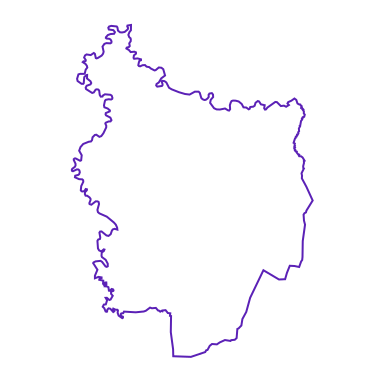 the district of Satuek, Buri Ram, Thailand, rotated 272°
{"feature_id": "78962969B95819884850859", "entity_name": "Satuek", "entity_type": "district", "adm_level": 2, "iso_a3": "THA", "parent_name": "Thailand", "parent_adm1": "Buri Ram", "projection": "albers", "projection_center": [103.358, 15.223], "detail": "fine", "context": "isolated", "style": "outline", "palette": "violet", "viewbox_px": 384, "rotation_deg": 272, "n_neighbors": 0, "source": "geoboundaries", "source_scale": "gbopen_adm2", "svg_char_len": 5957}
<svg xmlns="http://www.w3.org/2000/svg" viewBox="0 0 384 384"><g transform="rotate(272 192 192)"><path d="M120.8,301.7L126.4,303.5L127.9,304.5L130.9,304.7L146.9,304.4L163.3,306.1L167.4,304.9L173.3,304.3L174.8,305.2L175.6,306.6L177.4,307.0L187.7,312.9L201.3,306.1L209.5,301.3L212.1,301.4L214.5,300.8L219.4,303.0L219.7,302.4L221.7,302.2L224.9,302.9L226.9,302.7L227.2,303.4L230.4,301.3L231.5,299.7L231.5,297.9L232.2,297.4L233.1,297.8L233.7,296.4L235.3,295.1L236.0,295.3L236.4,294.0L237.1,293.4L237.6,293.8L238.9,292.7L240.1,293.4L240.6,292.6L241.8,293.3L242.4,292.8L244.0,293.1L244.7,291.8L249.2,293.1L249.8,293.8L250.9,293.8L251.1,294.6L252.8,294.9L252.6,295.4L254.4,296.3L255.4,296.0L256.5,296.9L259.2,296.6L261.4,297.7L261.8,297.4L262.1,297.8L266.8,298.5L268.3,299.6L269.0,299.2L270.4,299.9L270.3,300.5L270.9,300.7L271.1,301.5L273.3,302.0L274.4,301.0L276.4,301.0L277.6,300.1L277.5,300.6L278.2,300.6L279.7,299.1L280.7,298.8L280.4,298.2L281.9,298.4L282.4,297.5L283.2,297.2L283.4,295.6L284.2,294.3L287.7,293.0L289.0,291.1L286.7,288.1L285.2,285.0L283.8,284.3L282.3,285.8L280.5,283.1L281.5,280.9L281.0,277.8L284.8,273.7L284.9,272.1L279.1,264.5L277.1,263.0L276.9,262.1L278.2,261.2L281.3,261.6L282.0,257.8L284.8,255.9L285.2,254.6L283.4,252.4L280.4,251.6L279.4,250.2L279.0,247.3L277.1,246.7L276.6,245.8L278.3,243.3L278.4,240.5L281.7,238.6L284.1,235.5L284.8,232.4L284.8,229.8L284.3,228.4L282.8,227.6L280.1,226.8L276.1,227.2L274.7,226.3L274.8,225.3L276.6,222.1L275.4,217.0L275.4,213.7L276.5,211.1L281.7,207.0L284.8,207.5L287.6,209.8L290.1,209.6L291.5,208.4L291.0,206.0L289.7,205.2L287.6,205.4L286.0,204.3L284.6,202.5L284.4,201.1L285.1,199.3L286.3,198.0L291.4,196.3L292.5,195.1L292.4,191.4L289.3,186.2L289.7,181.6L291.3,175.4L293.9,168.1L295.4,165.4L300.6,162.5L301.8,160.7L302.1,158.6L301.5,157.8L298.8,158.8L297.7,158.8L296.9,158.2L296.1,153.6L297.2,152.5L298.7,152.8L300.3,155.0L304.5,157.3L307.5,161.0L313.7,159.0L315.1,157.1L315.3,154.5L312.5,151.4L312.2,150.3L314.0,146.5L315.3,144.9L315.7,142.2L317.2,140.6L317.0,138.2L315.8,135.8L316.0,134.6L316.8,133.9L319.8,134.4L321.3,134.9L321.9,136.4L322.8,136.4L323.6,132.9L323.1,129.5L324.0,128.9L326.5,129.2L328.3,131.2L329.6,131.1L330.2,129.5L329.7,125.8L331.7,124.0L333.1,121.4L334.0,121.7L334.7,123.9L335.7,124.7L338.4,124.1L340.6,125.5L342.5,125.5L343.5,125.2L344.5,123.9L346.8,122.9L349.6,123.9L351.5,125.3L356.8,125.2L356.1,121.7L355.2,121.5L353.7,122.4L352.3,122.1L349.6,119.1L349.0,116.5L349.1,114.5L350.7,112.4L353.9,111.7L354.8,111.0L355.2,105.5L354.5,103.4L353.2,102.6L351.5,103.2L351.0,107.8L349.1,109.4L347.4,108.6L347.0,105.0L345.9,102.4L343.7,100.6L343.0,100.5L342.4,101.2L342.2,104.2L341.4,105.4L339.8,106.3L338.4,106.2L337.7,105.2L337.8,101.3L337.0,99.3L334.2,97.5L329.1,98.8L327.1,98.3L325.2,97.0L322.6,93.1L322.2,92.0L322.5,91.2L326.7,90.1L327.5,89.0L325.3,86.0L325.8,81.8L324.7,80.3L322.6,79.5L320.2,81.2L319.4,81.2L318.9,80.7L318.8,79.0L318.0,78.3L316.1,81.3L314.3,82.6L312.7,83.0L310.6,81.5L306.8,80.7L306.3,80.1L306.2,76.2L305.6,74.4L301.1,73.2L298.9,73.8L296.3,77.8L296.3,79.5L296.9,80.0L303.0,80.3L305.1,82.2L305.3,83.1L301.8,83.1L299.1,86.7L297.4,87.5L296.0,86.8L294.5,83.0L292.6,82.1L291.2,82.5L287.5,88.8L288.1,90.4L290.9,92.1L291.3,93.3L291.1,94.8L290.1,95.7L285.8,96.4L284.1,97.5L284.3,99.2L285.4,99.7L286.6,101.6L286.3,107.1L285.5,108.4L283.3,109.2L282.3,109.0L281.6,107.9L281.8,105.5L281.1,102.5L280.0,101.8L275.5,101.0L273.6,101.5L272.5,104.8L270.7,107.1L269.7,107.0L267.9,103.1L266.6,102.9L265.6,103.4L263.5,107.8L261.0,109.0L259.7,108.1L259.6,106.2L258.2,103.3L257.3,103.0L255.3,104.0L253.5,104.0L247.6,101.4L244.7,99.4L243.9,97.5L245.9,94.4L245.6,92.9L243.2,90.7L240.4,90.3L239.0,89.3L238.6,87.0L236.2,81.6L233.0,79.0L229.3,77.8L224.9,80.5L219.8,80.1L219.3,79.1L221.5,74.5L221.4,73.5L220.7,72.7L219.9,72.7L216.2,74.6L214.4,74.7L213.0,74.0L211.0,71.5L209.8,71.1L208.9,71.4L208.6,72.3L210.6,76.2L210.5,77.7L209.6,78.7L207.8,79.2L205.9,78.6L205.2,77.9L204.2,74.7L202.6,74.5L200.9,78.7L200.8,81.9L200.0,82.8L198.4,83.0L194.1,81.1L189.8,80.8L188.9,81.6L188.7,82.8L189.2,84.4L191.3,85.7L191.0,86.9L190.0,86.8L188.1,85.1L186.2,85.0L184.6,85.8L184.6,87.4L183.0,89.8L181.7,90.8L180.5,90.9L177.3,89.8L176.3,90.1L175.8,91.9L179.3,96.1L179.3,98.0L178.8,99.0L176.8,99.5L170.8,98.1L168.6,98.7L167.4,100.2L164.4,107.7L158.8,115.0L156.7,117.0L153.8,118.4L151.8,118.7L152.5,115.9L151.8,114.1L150.6,113.3L147.0,112.2L145.2,110.1L145.6,108.0L149.4,103.0L149.3,101.6L148.2,100.9L143.4,101.9L141.9,101.7L141.2,99.9L139.9,99.2L132.3,100.0L130.4,101.2L129.7,102.8L129.9,104.0L131.6,105.8L131.4,106.5L130.0,106.0L128.3,103.9L125.0,103.8L123.8,104.3L121.2,108.1L117.4,110.3L114.8,110.4L114.2,109.4L114.6,108.2L119.0,104.6L120.0,103.0L119.3,98.1L118.2,96.1L117.5,95.7L111.0,100.2L104.9,97.9L102.4,98.0L103.9,101.5L103.5,104.6L102.8,104.6L102.8,103.5L101.9,102.5L101.0,102.4L100.3,106.4L97.2,106.3L96.1,107.2L98.5,108.3L98.6,109.5L96.8,109.7L94.7,108.4L94.6,110.5L93.9,111.8L90.5,112.4L90.4,113.3L92.3,115.1L92.0,116.4L91.1,117.0L90.4,116.8L89.8,115.1L88.9,114.6L87.4,114.7L85.5,116.4L81.7,114.4L81.2,113.2L83.3,110.6L83.2,109.4L80.8,110.9L76.7,109.8L76.4,107.8L74.2,106.8L72.8,108.4L69.6,109.8L69.3,110.6L69.5,111.3L71.5,111.5L72.8,112.7L72.5,114.4L69.3,117.5L70.0,118.4L71.8,117.1L72.7,117.4L71.7,119.7L71.7,121.6L71.1,122.1L68.6,121.9L65.9,123.0L63.5,126.7L64.0,127.4L65.0,127.3L65.7,125.3L67.6,125.1L68.2,125.6L68.5,127.5L70.1,128.2L69.8,139.9L70.9,148.0L71.7,150.0L75.0,154.1L74.4,156.0L74.9,159.9L72.4,162.2L72.3,163.1L71.3,164.4L72.2,165.7L71.8,166.6L72.6,166.8L73.0,169.7L70.2,172.1L70.0,174.5L67.5,174.3L67.3,175.4L51.2,175.7L34.1,178.6L27.2,179.0L27.2,196.7L32.5,210.8L34.3,211.7L34.7,213.0L38.9,215.1L40.8,217.3L40.6,222.2L42.6,224.9L45.2,230.1L44.5,235.7L45.3,236.3L45.8,239.9L47.6,241.7L56.7,242.1L57.3,243.3L60.3,246.0L66.8,246.8L74.0,250.4L88.3,253.8L116.3,266.1L107.6,282.0L108.1,288.1L114.5,289.7L121.7,292.3L121.6,297.1L120.8,301.7Z" fill="none" stroke="#5b21b6" stroke-width="2"/></g></svg>